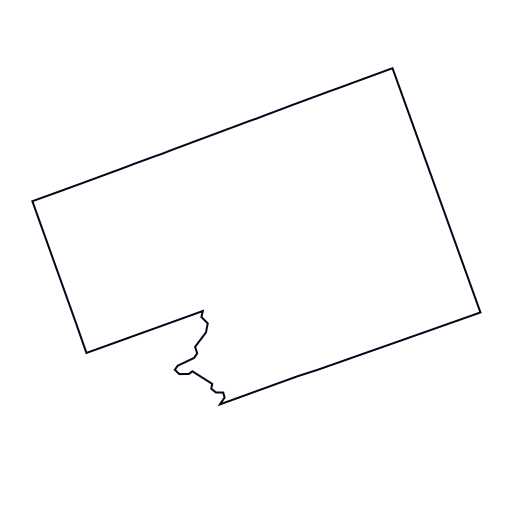 Spokane, Washington, United States of America, rotated 250°
{"feature_id": "52423323B30314962478279", "entity_name": "Spokane", "entity_type": "district", "adm_level": 2, "iso_a3": "USA", "parent_name": "United States of America", "parent_adm1": "Washington", "projection": "orthographic", "projection_center": [-117.293, 47.654], "detail": "fine", "context": "isolated", "style": "outline", "palette": "ink", "viewbox_px": 512, "rotation_deg": 250, "n_neighbors": 0, "source": "geoboundaries", "source_scale": "gbopen_adm2", "svg_char_len": 893}
<svg xmlns="http://www.w3.org/2000/svg" viewBox="0 0 512 512"><g transform="rotate(250 256 256)"><path d="M384.0,64.6L255.0,63.9L222.9,63.5L222.5,187.2L217.3,183.8L209.2,187.6L201.3,182.9L191.5,167.7L184.6,167.4L181.4,163.0L179.7,145.0L176.9,140.8L171.3,143.5L168.1,152.5L169.4,156.8L150.8,171.1L146.6,168.6L141.5,171.6L138.9,178.5L133.8,178.1L128.9,171.4L128.8,253.6L128.0,274.5L126.9,374.7L126.2,447.6L385.8,448.5L385.7,405.6L385.6,396.4L385.6,392.0L385.7,380.2L385.6,373.7L385.6,362.7L385.5,348.9L385.5,341.8L385.2,320.0L385.2,317.5L385.2,314.9L384.9,302.5L385.0,302.4L385.1,294.8L384.9,270.6L384.7,244.0L384.7,243.1L384.7,241.5L384.6,230.2L384.5,222.2L384.5,216.1L384.5,215.8L384.4,211.8L384.4,211.3L384.2,203.6L384.2,203.4L384.2,201.6L384.2,200.8L384.3,194.9L384.3,173.5L384.1,165.4L383.9,107.2L383.9,103.3L383.9,97.8L384.0,64.6Z" fill="none" stroke="#020617" stroke-width="2"/></g></svg>